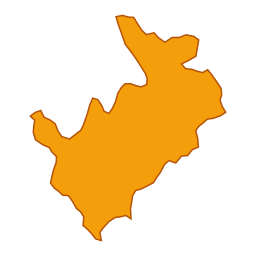 Vespasiano, Minas Gerais, Brazil
{"feature_id": "56859067B4954483549990", "entity_name": "Vespasiano", "entity_type": "district", "adm_level": 2, "iso_a3": "BRA", "parent_name": "Brazil", "parent_adm1": "Minas Gerais", "projection": "natural_earth1", "projection_center": [-43.949, -19.73], "detail": "fine", "context": "isolated", "style": "filled", "palette": "amber", "viewbox_px": 256, "rotation_deg": 0, "n_neighbors": 0, "source": "geoboundaries", "source_scale": "gbopen_adm2", "svg_char_len": 1533}
<svg xmlns="http://www.w3.org/2000/svg" viewBox="0 0 256 256"><path d="M131.0,218.9L130.5,208.7L131.7,201.7L132.5,196.0L135.6,190.6L141.4,188.9L147.4,185.9L153.4,182.7L157.0,177.1L160.7,171.8L164.6,164.4L168.9,160.6L175.7,163.0L181.5,156.1L187.7,155.5L192.2,149.8L198.4,147.0L197.8,139.0L195.7,130.6L198.9,126.2L203.1,123.0L207.2,119.2L213.4,118.3L220.3,115.8L225.7,112.3L222.1,106.2L220.1,100.3L221.7,94.6L221.1,88.4L216.6,81.6L211.7,74.7L207.7,69.7L202.6,72.6L197.0,71.2L192.2,69.4L185.5,68.6L181.5,63.9L188.9,60.3L195.9,56.2L198.7,39.9L193.7,36.3L186.2,34.8L179.0,37.5L172.1,37.5L164.9,42.3L158.2,37.5L154.1,32.8L146.3,34.6L142.0,30.5L137.5,23.7L133.7,17.4L128.7,17.1L122.5,15.4L116.0,16.7L117.9,23.3L121.9,34.6L125.2,44.1L129.4,49.7L132.7,54.1L135.9,58.6L140.5,65.8L145.5,73.7L147.2,78.9L146.6,84.6L141.2,86.9L135.9,85.7L130.5,83.6L125.0,83.9L121.5,87.3L117.9,93.1L115.5,101.7L112.3,108.5L108.8,113.5L104.0,111.2L102.0,106.0L97.8,99.6L92.7,98.1L89.8,104.9L87.3,113.9L85.2,119.8L83.5,124.8L80.7,130.4L76.3,133.7L69.6,139.0L61.6,136.6L58.0,130.9L55.2,123.8L50.1,120.0L44.1,117.3L40.8,110.5L35.1,112.4L30.3,116.2L34.8,120.3L33.8,125.6L33.3,132.4L35.5,139.8L43.1,144.9L49.2,147.5L51.8,151.9L56.5,156.6L56.2,162.3L53.6,169.7L51.8,177.0L50.5,183.0L54.3,188.1L58.6,191.3L62.5,195.1L68.5,195.7L72.3,201.1L76.6,208.7L80.5,211.7L83.8,217.0L83.0,225.5L87.3,229.1L91.3,233.3L95.7,238.9L101.3,240.6L99.9,232.3L103.4,227.7L109.0,221.5L114.9,217.6L120.2,216.8L126.0,215.5L131.0,218.9Z" fill="#f59e0b" stroke="#b45309" stroke-width="1.5"/></svg>